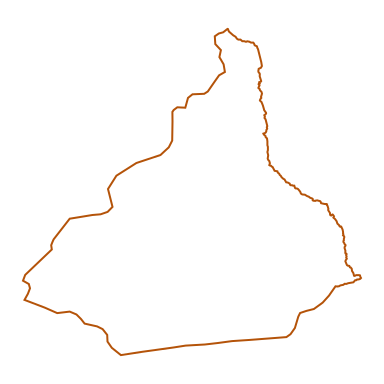 outline of Kadei, Est, Cameroon
{"feature_id": "32672807B29047919086815", "entity_name": "Kadei", "entity_type": "district", "adm_level": 2, "iso_a3": "CMR", "parent_name": "Cameroon", "parent_adm1": "Est", "projection": "orthographic", "projection_center": [14.712, 4.477], "detail": "fine", "context": "isolated", "style": "outline", "palette": "amber", "viewbox_px": 384, "rotation_deg": 0, "n_neighbors": 0, "source": "geoboundaries", "source_scale": "gbopen_adm2", "svg_char_len": 3614}
<svg xmlns="http://www.w3.org/2000/svg" viewBox="0 0 384 384"><path d="M337.3,286.5L337.4,286.4L337.8,286.4L338.9,286.3L340.4,285.4L343.4,284.8L344.6,283.8L346.4,283.9L348.2,283.2L353.4,282.3L355.2,280.2L356.3,280.2L357.0,279.5L358.8,279.4L360.3,278.8L361.0,278.0L360.3,276.8L360.0,275.4L359.0,275.1L356.3,275.1L354.7,275.9L354.0,275.7L353.4,273.2L352.0,270.9L351.7,268.7L350.7,267.5L349.9,267.3L349.3,265.9L347.6,265.6L346.9,265.0L345.4,261.4L345.6,260.5L345.7,260.3L346.8,258.7L346.2,257.5L346.6,256.4L346.1,255.1L346.6,254.1L346.3,253.6L345.5,253.4L345.3,252.9L345.4,250.6L344.6,248.2L344.6,247.1L345.5,245.7L345.5,245.0L344.7,244.3L344.3,243.2L343.5,242.2L343.4,241.1L343.9,240.3L343.8,239.0L344.2,237.6L344.3,237.0L344.1,236.3L343.0,235.3L343.4,234.2L343.0,233.3L343.1,232.2L342.6,229.6L341.2,226.6L340.6,226.4L340.2,226.7L339.6,226.3L339.1,225.2L337.4,223.6L336.6,221.2L335.1,219.1L333.4,217.6L333.8,216.7L334.0,216.3L333.1,215.0L332.6,214.5L332.2,214.6L331.2,215.5L330.4,215.2L330.1,214.5L329.9,212.8L328.3,210.4L328.2,209.6L328.4,208.9L327.6,206.0L326.8,204.9L327.0,204.3L326.5,204.0L324.8,204.0L323.7,203.8L321.1,203.2L320.6,201.7L320.0,201.1L318.0,200.6L317.5,200.4L315.9,200.5L315.3,200.9L313.3,200.7L312.7,200.3L312.8,199.1L312.2,198.5L310.8,198.0L310.0,197.7L308.8,196.7L307.1,196.1L304.9,194.7L302.6,194.5L301.5,194.1L300.8,193.3L300.2,191.7L298.1,189.1L297.0,188.5L295.6,188.4L295.0,187.9L294.3,185.7L293.0,185.7L292.4,185.3L290.6,185.2L290.1,184.8L289.7,183.6L287.7,182.5L286.2,182.3L284.5,179.4L283.3,178.8L281.5,177.1L280.8,175.8L279.7,174.9L279.6,174.7L279.2,173.7L277.8,172.6L277.4,171.3L274.6,170.8L272.6,167.0L271.7,166.6L271.1,165.8L270.1,165.6L269.3,165.1L269.9,163.2L269.3,161.1L268.1,159.7L267.7,158.6L268.2,155.2L267.4,152.0L267.9,150.1L267.9,146.8L267.4,145.3L267.4,141.3L267.0,138.4L265.7,137.2L265.5,136.0L263.8,134.5L263.4,133.6L264.9,133.1L265.8,132.4L265.9,132.1L266.3,131.3L266.4,129.9L267.2,128.7L266.8,127.2L267.3,126.1L265.6,119.4L264.5,117.9L264.9,116.7L264.3,115.2L265.6,114.2L266.1,113.4L266.0,112.7L264.2,110.2L263.9,109.0L262.9,105.5L261.5,102.0L260.2,100.9L259.9,100.3L260.4,99.1L261.3,97.9L261.0,97.0L262.0,93.6L261.5,91.9L260.0,90.3L259.6,88.9L258.5,88.2L258.4,87.8L259.0,86.4L259.5,85.6L258.6,84.2L258.8,83.7L259.6,83.9L259.8,83.5L259.5,83.1L259.3,82.8L259.2,82.2L260.9,81.6L261.2,81.1L259.7,76.3L259.8,74.1L259.6,73.4L258.6,72.3L258.3,71.1L258.7,68.8L261.0,67.7L261.4,66.9L261.9,66.0L261.2,61.8L261.1,61.5L258.0,49.1L257.5,48.3L256.9,46.3L254.7,45.3L254.0,43.5L253.2,42.6L251.0,42.6L249.3,41.7L248.3,41.5L247.2,41.3L246.0,41.8L244.2,41.2L242.3,41.2L240.5,39.6L238.3,39.6L236.9,38.7L235.6,36.8L235.3,36.6L233.2,35.3L228.9,31.5L227.9,29.0L227.5,28.9L223.2,32.3L218.8,33.5L214.8,36.3L215.3,44.1L220.9,50.1L219.4,57.1L223.6,64.3L224.9,72.0L219.1,75.3L215.0,81.1L207.8,91.5L204.2,93.8L192.5,94.3L188.0,97.9L185.3,107.7L177.3,107.3L173.7,110.0L172.4,111.9L172.5,121.7L172.2,140.6L168.8,147.3L160.5,155.0L136.4,163.0L116.4,175.7L108.0,189.0L112.5,206.9L107.6,211.9L100.6,214.3L92.4,215.0L79.6,217.1L69.7,218.7L53.6,239.4L52.5,241.9L51.2,245.2L51.8,249.5L25.2,274.9L23.0,280.7L28.8,284.0L30.0,288.3L27.9,293.8L24.5,299.9L44.7,307.6L57.2,313.1L69.7,311.6L75.6,314.1L76.5,314.5L81.0,319.0L84.6,323.6L96.2,326.2L97.1,326.4L102.6,329.1L107.2,334.9L107.5,341.6L111.8,347.8L120.9,355.1L142.3,351.8L173.4,347.5L185.6,345.6L204.9,344.5L217.9,343.0L232.0,341.1L250.1,339.9L286.4,337.1L290.5,334.2L294.9,328.0L295.2,327.0L298.3,316.6L300.1,313.0L306.4,310.9L313.9,309.0L322.7,302.6L329.1,295.5L329.9,294.3L335.5,286.3L337.3,286.5Z" fill="none" stroke="#b45309" stroke-width="2"/></svg>